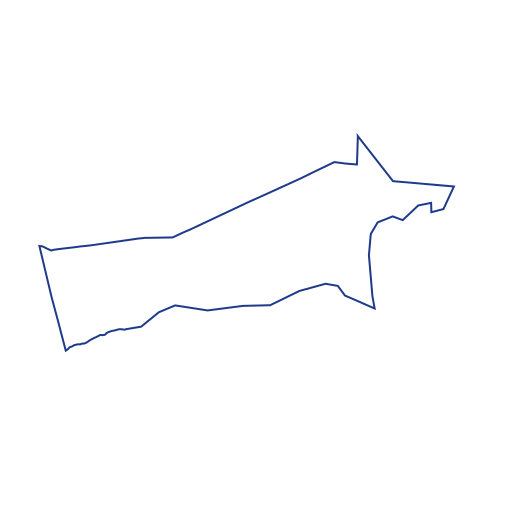 the district of Renk, Upper Nile, South Sudan, rotated 253°
{"feature_id": "79223893B54015778886033", "entity_name": "Renk", "entity_type": "district", "adm_level": 2, "iso_a3": "SSD", "parent_name": "South Sudan", "parent_adm1": "Upper Nile", "projection": "natural_earth1", "projection_center": [32.947, 11.291], "detail": "fine", "context": "isolated", "style": "outline", "palette": "blue", "viewbox_px": 512, "rotation_deg": 253, "n_neighbors": 0, "source": "geoboundaries", "source_scale": "gbopen_adm2", "svg_char_len": 1138}
<svg xmlns="http://www.w3.org/2000/svg" viewBox="0 0 512 512"><g transform="rotate(253 256 256)"><path d="M264.6,465.6L287.5,408.9L340.9,388.4L340.1,388.2L314.0,379.3L318.2,368.7L322.9,358.4L319.1,333.4L317.1,321.2L310.8,273.0L309.9,265.5L302.2,212.2L300.6,200.9L299.6,191.8L298.1,181.8L305.3,156.8L305.7,155.8L306.4,151.8L306.5,151.6L307.3,147.4L314.6,100.4L316.2,92.2L316.3,92.0L317.5,84.6L319.9,71.6L321.1,64.2L321.1,62.0L322.5,60.2L324.5,57.9L325.9,56.5L326.8,55.6L327.8,54.3L328.9,51.8L321.0,51.3L276.7,48.5L252.9,47.7L221.1,46.4L221.8,48.7L223.2,51.1L223.3,53.5L223.9,56.1L223.6,60.2L222.9,61.9L223.1,64.1L222.5,65.9L222.7,68.4L224.1,72.9L224.8,76.5L225.2,79.6L226.0,84.0L225.2,86.0L224.9,87.9L225.0,89.0L225.9,90.3L226.3,92.0L226.5,96.0L226.1,99.2L226.1,102.5L225.8,104.5L224.9,106.8L223.9,108.9L224.0,110.4L222.0,125.5L230.6,146.6L232.4,164.2L218.1,193.8L212.1,229.0L204.8,255.1L209.9,287.3L209.1,314.4L203.5,325.5L192.2,329.5L171.1,354.1L183.6,355.6L223.7,364.2L243.5,372.2L252.6,382.2L253.9,398.3L247.4,406.8L256.9,425.9L255.6,439.0L246.6,436.5L246.1,449.0L264.6,465.6Z" fill="none" stroke="#1e3a8a" stroke-width="2"/></g></svg>